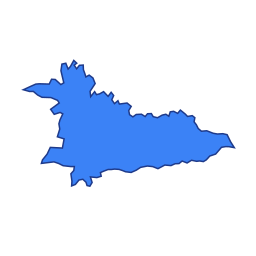 the district of Pinhal de São Bento, Paraná, Brazil, rotated 5°
{"feature_id": "56859067B18957785190727", "entity_name": "Pinhal de São Bento", "entity_type": "district", "adm_level": 2, "iso_a3": "BRA", "parent_name": "Brazil", "parent_adm1": "Paraná", "projection": "robinson", "projection_center": [-53.481, -26.012], "detail": "fine", "context": "isolated", "style": "filled", "palette": "blue", "viewbox_px": 256, "rotation_deg": 5, "n_neighbors": 0, "source": "geoboundaries", "source_scale": "gbopen_adm2", "svg_char_len": 1803}
<svg xmlns="http://www.w3.org/2000/svg" viewBox="0 0 256 256"><g transform="rotate(5 128 128)"><path d="M56.2,76.8L60.1,88.6L57.3,90.6L51.3,86.0L47.6,86.1L45.7,91.1L35.8,91.7L32.3,92.3L27.4,95.0L20.4,99.0L26.8,100.2L30.5,99.8L35.1,103.0L39.6,104.9L48.6,104.4L55.4,106.6L57.3,109.1L49.3,116.1L53.3,120.8L59.0,118.4L61.8,119.6L59.5,126.0L58.8,129.8L60.1,135.0L58.4,142.9L65.3,144.4L64.4,153.7L52.3,154.1L49.7,161.1L45.6,167.2L44.8,170.8L57.2,168.2L62.1,169.4L66.6,171.2L74.3,171.4L77.9,171.1L77.7,175.1L75.1,178.6L76.8,185.9L76.9,190.6L80.5,188.8L83.7,184.1L87.5,183.0L90.9,185.7L92.2,188.9L95.1,189.3L97.0,185.4L94.8,180.0L101.3,180.1L105.5,178.4L104.4,174.8L107.6,173.1L111.7,171.1L115.0,170.8L118.1,170.1L122.7,170.0L126.4,170.9L129.3,171.8L135.0,172.0L139.9,169.3L144.0,166.1L150.6,164.2L156.0,164.3L161.4,165.9L167.9,161.7L174.1,161.7L178.0,159.5L181.9,159.0L184.8,156.2L189.9,157.7L194.1,154.6L199.2,155.2L202.2,154.6L206.0,154.9L208.8,152.9L211.9,148.8L217.6,146.3L222.8,139.1L227.0,138.0L230.3,137.8L235.6,138.3L231.4,132.8L227.3,126.0L223.0,125.4L217.6,126.2L213.2,125.8L206.7,123.9L201.4,124.8L198.0,122.4L195.8,118.8L193.3,116.1L193.7,111.9L190.9,110.1L186.3,111.3L183.8,109.1L178.6,105.6L176.2,109.1L172.0,107.4L168.7,108.2L167.6,112.7L164.5,111.0L160.9,112.2L156.5,115.2L152.1,114.5L150.0,111.6L146.2,112.1L144.1,115.1L140.2,113.1L135.0,113.8L131.9,116.5L128.4,114.6L127.2,110.6L129.3,106.2L124.9,103.2L120.3,104.2L117.3,104.9L115.6,101.7L112.4,104.9L109.4,101.3L110.9,96.9L108.1,93.9L105.4,98.2L100.5,93.9L96.7,96.5L93.7,97.5L91.6,94.7L88.1,100.0L87.0,94.8L91.4,86.6L88.7,81.2L84.7,78.7L81.6,80.8L80.1,77.2L78.5,73.8L77.9,69.2L74.1,69.8L71.7,73.5L68.9,70.1L71.3,67.9L68.1,65.4L65.3,71.7L63.2,74.5L60.4,68.9L56.6,70.1L56.2,76.8Z" fill="#3b82f6" stroke="#1e3a8a" stroke-width="1.5"/></g></svg>